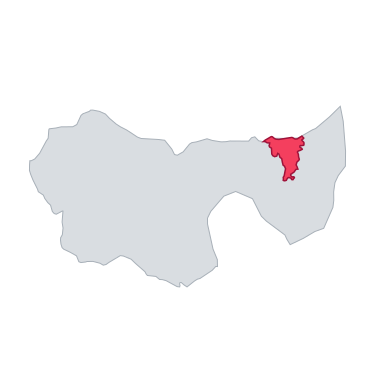 Saldus highlighted on a map of Latvia, rotated 173°
{"feature_id": "LVA-1068", "entity_name": "Saldus", "entity_type": "Municipality", "adm_level": 1, "iso_a3": "LVA", "parent_name": "Latvia", "parent_adm1": "", "projection": "orthographic", "projection_center": [22.32, 56.635], "detail": "fine", "context": "in_parent", "style": "filled", "palette": "rose", "viewbox_px": 384, "rotation_deg": 173, "n_neighbors": 0, "source": "natural_earth", "source_scale": "10m", "svg_char_len": 3317}
<svg xmlns="http://www.w3.org/2000/svg" viewBox="0 0 384 384"><g transform="rotate(173 192 192)"><path d="M282.8,285.6L280.5,285.4L274.0,283.3L268.4,279.9L264.9,275.1L259.0,268.7L255.2,265.5L249.3,261.5L239.4,253.1L235.9,251.3L218.9,248.2L212.8,246.7L206.8,237.0L204.8,231.3L202.0,230.3L199.1,231.6L195.9,232.9L188.6,239.9L186.2,241.0L181.5,241.2L170.6,243.0L165.6,240.7L156.9,238.2L152.2,237.8L148.1,238.0L129.6,235.6L126.3,238.6L122.9,239.1L119.6,234.7L115.5,233.4L111.0,235.0L102.8,235.2L93.0,233.8L80.6,232.7L78.8,233.2L65.0,239.0L61.6,239.9L46.4,249.8L34.4,259.0L33.3,243.9L34.6,213.9L36.6,199.0L44.8,190.5L49.0,183.8L51.4,174.8L52.3,166.4L54.0,159.6L65.7,139.9L74.9,137.8L87.2,132.4L101.0,127.8L103.6,133.6L105.0,138.0L121.8,154.1L126.1,159.5L132.8,178.0L148.6,187.2L160.9,184.0L166.1,179.3L175.7,170.5L179.8,164.2L180.5,158.2L178.1,132.8L175.1,121.8L175.8,114.9L177.5,115.2L181.5,111.8L194.6,105.2L197.3,104.8L200.3,103.4L208.5,98.4L211.3,100.8L213.7,103.5L215.0,103.5L215.5,102.4L215.3,100.6L215.8,99.3L218.3,99.9L228.4,107.1L232.2,108.7L234.8,109.1L238.1,112.6L246.5,114.6L247.6,116.4L248.4,118.6L256.8,128.0L260.6,132.7L267.9,136.8L270.9,137.6L282.9,132.3L286.2,130.5L289.0,130.2L292.0,132.5L298.8,135.2L304.8,135.8L305.9,135.5L310.9,135.5L312.8,136.6L314.4,142.7L320.5,147.2L326.2,150.8L327.7,152.6L328.4,156.2L328.4,160.4L327.9,162.7L325.9,165.4L324.4,171.9L324.6,178.0L322.4,188.8L323.1,188.9L329.4,186.5L331.4,187.4L333.0,189.7L334.0,196.2L336.4,199.0L338.9,203.5L339.9,207.0L344.5,211.0L345.0,213.7L348.4,223.3L349.9,228.9L350.7,233.2L349.9,238.9L349.1,242.8L347.8,242.6L344.1,243.9L338.5,249.0L330.4,260.4L328.2,262.9L326.5,271.3L326.0,272.1L320.7,272.1L319.3,272.1L314.0,272.6L302.4,271.3L298.1,273.0L292.8,281.6L290.6,283.0L283.9,284.6L282.8,285.6Z" fill="#d9dde1" stroke="#a8b0b8" stroke-width="1"/><path d="M86.4,234.0L85.5,233.7L83.9,232.4L83.0,232.0L81.0,231.9L76.1,234.1L74.5,231.9L74.8,231.5L75.2,231.1L75.9,230.9L76.4,230.6L76.7,230.1L76.4,229.5L74.9,227.6L75.1,226.8L74.9,226.2L75.0,225.8L75.5,224.7L76.8,224.8L77.4,224.6L78.0,224.7L78.6,224.9L79.4,224.5L79.5,223.4L79.1,223.0L77.7,221.9L77.5,221.5L77.4,220.9L79.6,220.1L81.3,219.8L82.3,219.2L82.5,218.7L82.4,218.3L82.2,217.9L82.0,217.0L81.9,216.6L81.8,216.2L81.9,215.3L81.9,213.6L81.5,211.5L81.9,210.7L82.5,210.1L83.8,209.3L84.3,208.7L84.6,208.1L84.9,207.1L85.3,206.5L85.3,206.0L85.1,205.5L84.6,204.1L84.1,201.8L86.0,201.8L87.1,200.7L88.0,199.6L88.8,199.0L90.4,198.3L90.8,197.9L91.9,197.6L92.0,196.3L91.4,195.4L91.0,195.0L90.6,194.7L90.3,194.7L89.9,194.8L89.6,194.8L88.8,194.4L88.6,193.9L88.7,193.5L89.6,193.0L89.7,192.6L90.3,191.9L91.4,192.1L91.7,192.4L91.8,192.8L91.8,193.1L92.2,193.7L94.1,194.6L95.2,194.3L95.9,193.5L96.4,193.1L96.9,192.1L98.5,191.8L99.3,192.0L100.0,192.4L100.1,192.7L99.9,193.0L99.7,193.4L99.7,194.6L99.7,195.3L99.5,195.7L99.1,196.0L98.8,196.4L98.4,197.3L97.2,201.0L96.3,203.7L97.1,206.4L98.3,207.5L98.7,210.6L98.9,214.2L100.5,215.7L101.1,219.0L102.2,219.9L103.5,217.3L105.7,217.0L107.4,218.2L108.2,220.0L107.8,225.8L109.5,227.2L109.7,227.8L109.8,228.8L109.6,229.3L109.3,229.7L108.9,231.2L110.7,231.5L111.5,231.7L113.1,233.0L114.7,233.4L114.8,233.4L113.2,234.5L106.9,237.2L106.3,237.3L105.5,237.0L103.5,234.9L102.4,234.3L102.3,234.2L99.4,233.6L86.4,234.0Z" fill="#f43f5e" stroke="#9f1239" stroke-width="1.5"/></g></svg>